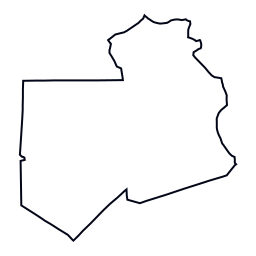 Beygee, Sala ad-Din, Iraq (Mercator projection)
{"feature_id": "34846034B92184872032162", "entity_name": "Beygee", "entity_type": "district", "adm_level": 2, "iso_a3": "IRQ", "parent_name": "Iraq", "parent_adm1": "Sala ad-Din", "projection": "mercator", "projection_center": [43.192, 34.889], "detail": "fine", "context": "isolated", "style": "outline", "palette": "ink", "viewbox_px": 256, "rotation_deg": 0, "n_neighbors": 0, "source": "geoboundaries", "source_scale": "gbopen_adm2", "svg_char_len": 2071}
<svg xmlns="http://www.w3.org/2000/svg" viewBox="0 0 256 256"><path d="M22.7,109.7L22.3,117.8L21.2,135.1L20.1,152.0L19.9,154.7L21.9,156.7L23.0,156.9L24.4,157.6L24.7,159.9L22.6,160.4L20.6,160.9L21.3,205.4L33.0,212.8L41.6,218.4L45.0,220.8L50.2,223.8L58.8,229.3L67.9,234.9L72.5,239.8L73.4,240.6L78.7,235.4L82.8,230.9L90.6,223.4L100.3,213.4L103.8,209.8L110.1,203.8L117.2,197.8L122.0,193.4L124.2,191.3L126.5,189.4L126.7,193.7L126.8,195.8L127.4,199.7L139.9,203.2L146.4,200.9L165.9,194.8L185.4,188.3L209.8,180.5L216.2,178.6L223.3,176.5L225.6,175.7L226.8,175.3L228.5,173.1L234.9,165.1L236.1,164.3L234.8,162.8L234.8,159.8L234.6,157.0L231.9,155.8L230.8,154.8L229.2,153.2L223.2,144.7L222.1,143.3L220.6,138.6L218.9,135.2L217.9,132.7L217.1,129.8L216.8,127.8L216.8,125.4L216.8,122.1L216.7,119.4L216.8,118.3L218.4,113.9L219.0,112.7L221.3,109.9L224.6,107.2L227.0,105.1L226.6,99.6L226.7,95.2L225.5,92.0L223.7,87.9L223.0,86.5L222.8,84.4L222.1,82.6L221.8,80.6L221.4,78.8L221.2,78.2L216.3,77.4L214.6,77.2L211.8,75.5L208.7,72.2L205.1,67.8L201.7,64.3L195.4,57.8L193.3,55.3L193.5,53.3L193.6,52.2L196.5,50.5L198.3,49.2L200.6,48.3L201.0,47.7L201.1,46.8L201.2,45.7L201.3,44.6L200.8,42.2L200.1,40.3L199.8,40.0L198.3,40.6L196.1,41.1L194.6,39.9L191.9,38.6L190.0,37.9L188.1,37.3L188.2,36.9L188.2,34.9L188.2,32.5L188.2,30.5L188.6,28.5L189.5,26.2L190.4,24.0L190.0,21.3L189.3,21.2L187.5,20.6L186.6,20.0L185.8,19.3L184.1,19.7L182.8,19.9L181.7,20.1L179.7,19.7L177.5,19.4L174.4,19.6L171.0,20.4L169.1,21.7L167.2,22.8L163.5,23.3L160.1,23.6L157.4,23.1L153.7,22.1L151.7,20.9L148.9,19.0L148.0,18.5L147.0,17.5L145.7,16.5L144.5,15.4L143.6,17.5L143.1,18.7L141.1,20.3L138.4,23.0L135.7,24.8L130.6,28.3L126.7,30.9L124.1,32.3L120.0,33.3L115.3,34.5L110.9,38.0L108.1,40.1L109.7,42.4L110.9,43.8L110.2,47.4L109.5,50.2L109.5,53.0L111.7,56.5L114.3,60.9L116.8,66.5L121.1,68.4L121.9,73.3L122.5,76.9L122.9,80.1L97.4,80.4L94.1,80.4L71.6,80.4L68.3,80.4L65.0,80.4L57.4,80.4L54.1,80.4L44.2,80.6L40.9,80.6L39.1,80.6L35.8,80.6L23.2,80.8L22.9,89.4L22.9,97.5L22.7,105.2L22.7,109.7Z" fill="none" stroke="#020617" stroke-width="2"/></svg>